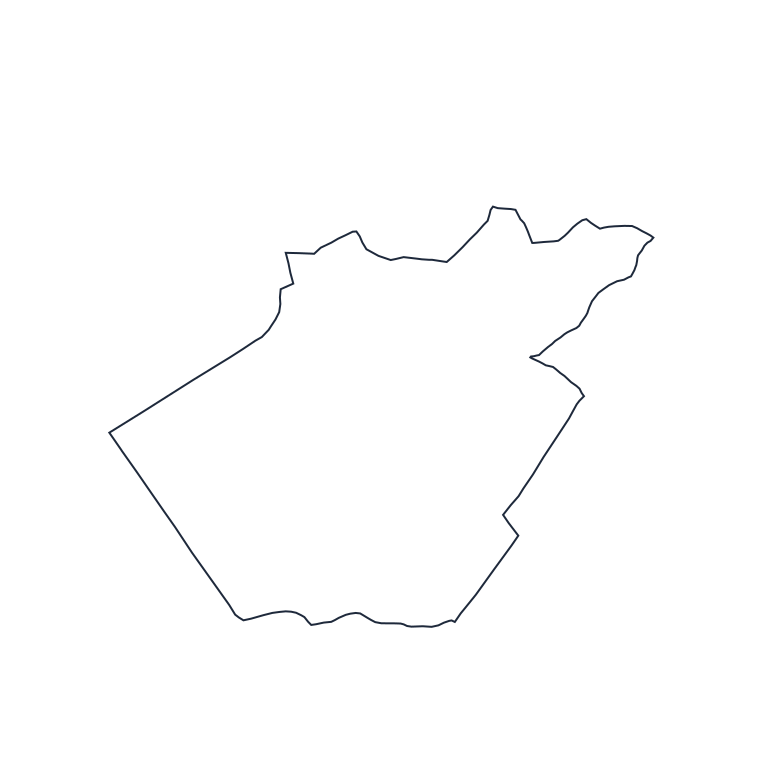 the district of Al-Kahla, Maysan, Iraq, rotated 125°
{"feature_id": "34846034B65265349522697", "entity_name": "Al-Kahla", "entity_type": "district", "adm_level": 2, "iso_a3": "IRQ", "parent_name": "Iraq", "parent_adm1": "Maysan", "projection": "orthographic", "projection_center": [47.293, 31.762], "detail": "fine", "context": "isolated", "style": "outline", "palette": "slate", "viewbox_px": 768, "rotation_deg": 125, "n_neighbors": 0, "source": "geoboundaries", "source_scale": "gbopen_adm2", "svg_char_len": 2722}
<svg xmlns="http://www.w3.org/2000/svg" viewBox="0 0 768 768"><g transform="rotate(125 384 384)"><path d="M165.9,376.2L167.9,380.4L171.2,385.8L174.7,391.7L176.2,396.5L180.3,396.5L184.9,394.7L190.9,392.7L196.0,393.6L206.8,394.8L216.2,396.6L226.8,398.1L238.2,400.2L248.1,402.6L250.6,407.6L254.6,415.7L256.4,418.3L260.2,424.6L262.4,428.8L268.8,440.7L274.8,446.0L278.6,449.6L279.9,454.1L282.2,462.0L283.7,475.7L280.5,482.9L277.0,488.5L274.9,494.1L277.2,497.0L284.1,500.8L291.2,504.9L298.4,508.2L308.6,514.0L317.4,515.9L319.0,518.5L325.7,528.9L332.9,539.7L339.9,531.5L346.6,524.5L353.8,515.9L365.6,523.0L372.8,518.9L377.9,514.8L385.2,511.1L393.4,509.9L401.6,509.7L405.8,509.5L408.3,509.9L415.6,511.0L422.3,514.2L436.2,519.6L450.6,525.5L490.0,542.6L544.7,565.4L581.4,581.1L588.7,561.4L589.1,560.5L598.0,535.7L606.7,512.3L614.6,490.9L621.0,473.2L632.3,444.5L643.2,413.8L653.8,384.0L658.3,373.6L658.4,371.2L658.5,369.0L658.2,363.6L652.5,358.3L642.3,350.0L635.5,344.1L630.6,338.8L626.6,334.1L623.8,329.5L621.8,324.8L620.9,319.1L620.6,315.5L622.3,309.8L623.1,305.4L619.7,301.8L614.0,296.5L609.1,290.8L605.5,288.8L601.5,286.9L595.0,282.9L591.5,279.9L587.8,275.9L585.6,271.9L585.3,267.6L585.0,262.9L584.7,259.2L584.1,254.6L581.5,248.9L573.5,237.3L570.7,233.0L569.6,230.0L569.0,226.3L567.0,222.3L560.2,213.3L555.6,205.7L550.5,201.0L545.1,198.0L540.6,194.7L538.9,193.0L538.3,189.5L527.9,189.6L520.0,189.0L504.0,187.9L472.6,187.5L443.1,186.9L431.2,187.0L426.4,202.1L422.9,211.4L410.6,210.7L398.7,209.4L389.7,209.9L372.6,210.1L352.3,211.4L325.9,212.1L306.1,212.7L298.3,213.6L290.1,214.5L285.6,214.3L279.3,213.2L278.0,216.9L275.7,221.1L275.2,225.2L275.2,231.8L273.9,240.8L273.9,245.9L273.3,251.8L273.1,255.3L274.5,258.9L275.9,262.2L276.2,266.0L276.7,269.8L277.7,275.2L278.1,277.2L278.3,279.4L277.2,279.4L275.3,277.2L273.0,275.2L271.4,273.6L266.3,272.6L259.4,270.8L254.9,269.3L250.6,268.5L244.6,266.1L239.8,264.8L236.6,263.5L232.9,261.5L227.8,258.5L224.3,257.5L220.8,257.9L215.8,257.8L212.2,257.8L208.8,258.2L208.1,258.5L203.5,259.8L196.9,261.1L191.1,260.8L186.4,260.6L180.4,258.6L173.9,256.3L166.1,252.0L160.9,247.2L156.4,244.9L154.2,243.4L150.4,243.8L147.1,244.2L143.9,245.1L142.0,245.5L138.0,247.3L135.5,248.7L132.9,249.7L130.3,249.6L126.8,249.4L121.3,250.0L117.1,249.3L113.9,247.7L109.6,247.3L109.5,250.8L110.0,255.4L110.7,260.2L111.2,266.0L112.3,271.4L116.6,277.8L122.6,285.6L126.4,290.2L129.7,293.5L132.9,296.2L133.2,302.0L133.3,306.9L132.9,312.8L136.1,315.5L141.8,317.6L147.3,319.1L154.5,320.1L159.0,321.0L165.6,323.0L166.8,323.5L169.8,326.8L175.9,334.4L182.2,341.8L183.4,343.5L182.2,345.3L178.8,350.4L176.6,353.6L174.0,357.8L171.9,361.4L171.1,365.0L170.9,366.6L165.9,376.2Z" fill="none" stroke="#1e293b" stroke-width="2"/></g></svg>